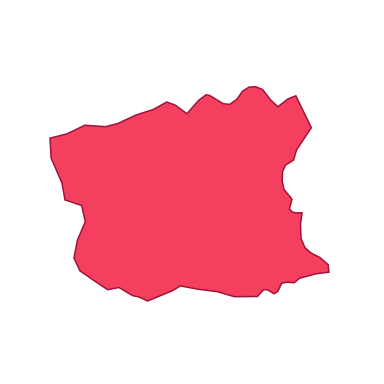 outline of Dilidjan, Tavush, Armenia, rotated 191°
{"feature_id": "60910142B28859062428936", "entity_name": "Dilidjan", "entity_type": "district", "adm_level": 2, "iso_a3": "ARM", "parent_name": "Armenia", "parent_adm1": "Tavush", "projection": "orthographic", "projection_center": [44.852, 40.743], "detail": "fine", "context": "isolated", "style": "filled", "palette": "rose", "viewbox_px": 384, "rotation_deg": 191, "n_neighbors": 0, "source": "geoboundaries", "source_scale": "gbopen_adm2", "svg_char_len": 1099}
<svg xmlns="http://www.w3.org/2000/svg" viewBox="0 0 384 384"><g transform="rotate(191 192 192)"><path d="M87.1,277.9L108.4,306.2L115.4,301.9L124.0,292.1L132.3,297.3L142.3,306.1L149.9,307.5L156.1,305.8L161.6,300.6L165.7,291.5L171.6,285.3L178.1,284.6L193.0,290.1L196.8,290.1L203.0,283.2L211.9,267.9L225.1,274.1L234.0,275.5L245.8,265.6L261.3,257.1L278.1,245.0L289.5,239.6L309.9,237.1L326.1,225.1L341.7,217.8L336.8,198.5L321.2,175.7L315.2,160.0L297.8,157.7L291.1,142.6L295.3,122.7L295.3,104.7L286.9,93.2L271.9,86.6L256.2,80.0L245.5,84.3L230.4,78.9L224.4,78.9L214.8,76.5L211.2,78.9L192.1,91.6L185.5,97.6L168.1,97.7L148.2,99.0L143.0,98.5L138.9,98.1L131.1,97.4L130.6,97.3L107.8,101.9L103.3,109.5L99.6,110.5L92.0,107.8L88.9,110.6L86.5,119.6L81.3,121.6L74.4,122.4L69.9,127.9L54.4,135.5L42.3,139.4L43.9,144.8L44.4,146.6L49.6,149.6L54.1,152.2L56.4,152.8L63.7,154.9L70.7,159.1L76.1,167.2L79.3,180.9L80.0,192.6L86.2,191.3L90.0,191.6L93.1,194.0L92.5,204.1L102.1,212.0L105.6,220.0L107.0,229.3L105.3,236.2L98.4,242.8L97.4,253.2L93.6,262.4L87.1,277.9Z" fill="#f43f5e" stroke="#9f1239" stroke-width="1.5"/></g></svg>